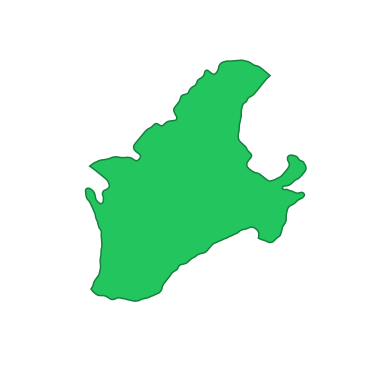 Las Yayas de Viajama, Azua, Dominican Republic (orthographic projection), rotated 309°
{"feature_id": "3306468B57328361484840", "entity_name": "Las Yayas de Viajama", "entity_type": "district", "adm_level": 2, "iso_a3": "DOM", "parent_name": "Dominican Republic", "parent_adm1": "Azua", "projection": "orthographic", "projection_center": [-70.973, 18.597], "detail": "fine", "context": "isolated", "style": "filled", "palette": "green", "viewbox_px": 384, "rotation_deg": 309, "n_neighbors": 0, "source": "geoboundaries", "source_scale": "gbopen_adm2", "svg_char_len": 6108}
<svg xmlns="http://www.w3.org/2000/svg" viewBox="0 0 384 384"><g transform="rotate(309 192 192)"><path d="M197.9,272.6L198.8,276.1L200.1,279.1L201.1,283.0L201.6,284.1L202.3,284.9L203.1,285.6L203.6,285.9L204.7,286.3L210.0,287.0L212.9,287.8L213.9,287.8L214.8,287.5L218.3,286.1L220.7,284.8L221.8,284.4L222.9,284.2L226.5,283.9L228.3,283.4L229.9,282.5L232.7,280.2L233.8,279.5L238.3,277.2L239.9,276.7L241.7,276.7L242.9,276.9L244.0,277.3L245.9,278.2L247.0,278.6L248.1,278.9L251.8,279.4L252.9,279.7L254.0,280.1L255.9,281.1L256.9,281.5L258.6,281.7L259.6,281.6L260.1,281.4L260.6,281.1L261.0,280.6L261.2,280.1L261.3,279.1L261.1,278.1L260.6,277.2L260.2,276.9L258.2,275.5L257.5,274.7L256.9,273.8L256.5,272.7L255.6,269.3L254.3,266.3L253.7,264.0L252.2,262.5L251.7,261.7L251.5,260.7L251.6,260.2L251.9,259.7L252.4,259.4L253.0,259.3L253.9,259.5L254.8,260.0L256.2,261.5L258.0,262.9L259.0,263.4L260.9,263.9L265.4,264.6L266.6,264.9L269.1,266.1L270.2,266.4L272.0,266.6L273.9,266.8L277.0,266.8L278.9,266.8L280.1,266.6L281.2,266.3L282.2,265.7L283.0,264.9L283.7,264.0L285.1,260.6L285.4,259.6L285.4,258.7L284.6,256.4L284.5,255.4L284.6,254.3L285.4,252.1L285.4,251.6L285.3,250.6L284.0,247.2L283.4,246.2L282.3,245.0L281.3,244.5L280.8,244.3L279.6,244.3L279.0,244.5L278.1,245.1L277.0,246.2L275.6,249.2L274.5,250.4L273.6,251.0L273.0,251.2L271.7,251.5L268.4,251.7L262.2,251.5L260.2,251.3L258.9,250.9L256.0,249.5L253.8,248.6L252.4,247.8L249.8,246.0L249.5,245.7L248.9,244.6L248.7,243.4L248.6,242.1L248.6,236.1L248.5,233.4L248.1,231.4L246.9,229.0L246.5,227.8L246.1,225.8L246.0,223.8L246.0,221.8L246.1,220.6L246.3,219.4L246.6,218.8L247.2,217.9L248.0,217.1L249.0,216.6L249.6,216.4L250.8,216.2L255.2,216.1L256.4,216.0L257.4,215.6L257.9,215.3L258.2,214.9L258.5,214.4L258.8,213.4L259.3,209.4L259.6,208.4L260.7,205.9L261.0,204.6L261.1,202.7L261.3,198.7L261.6,196.8L261.8,196.2L262.4,195.1L263.5,193.7L264.4,192.8L265.4,192.0L266.4,191.4L269.1,190.1L273.5,186.8L276.2,185.5L278.6,184.2L281.7,182.7L285.6,179.6L286.6,178.9L290.6,177.0L292.2,176.5L293.3,176.5L294.3,176.7L295.6,177.2L296.5,177.3L297.4,177.2L299.2,176.7L300.2,176.6L301.8,176.9L303.8,177.8L304.9,178.2L307.5,178.6L310.8,178.7L326.5,178.7L329.1,179.0L331.6,179.5L331.8,170.2L331.7,167.6L331.6,165.7L331.2,163.8L330.0,161.3L329.7,160.3L329.4,158.5L329.1,155.5L328.7,153.7L326.3,148.6L325.6,147.6L323.9,145.7L318.5,140.1L317.3,138.7L316.1,137.1L314.7,135.9L312.4,134.3L310.8,133.6L309.6,133.4L308.4,133.4L307.3,133.6L306.2,134.0L303.8,135.2L301.9,135.7L300.7,135.8L299.4,135.8L298.2,135.5L297.7,135.3L297.2,134.9L296.9,134.4L296.6,133.3L296.5,132.1L296.5,128.6L296.3,127.5L296.1,127.0L295.7,126.6L295.3,126.3L294.8,126.2L294.3,126.2L293.4,126.3L291.7,127.2L290.7,127.6L288.9,127.8L287.2,127.6L286.1,127.3L284.2,126.4L282.6,126.2L281.5,126.3L279.2,127.1L277.6,127.4L276.0,127.1L273.6,126.1L271.9,125.8L270.7,125.8L269.6,125.9L267.2,126.6L266.3,126.7L265.8,126.6L264.8,126.1L262.6,124.5L261.6,123.8L261.1,123.6L260.0,123.4L259.4,123.4L258.3,123.7L255.9,124.7L254.7,125.0L252.2,125.2L247.0,125.3L245.8,125.4L244.8,125.8L243.9,126.5L243.3,127.3L241.8,130.1L241.1,132.1L240.6,133.0L239.9,133.7L239.5,134.0L238.5,134.2L237.9,134.2L237.4,134.0L236.5,133.3L232.9,129.8L231.3,128.7L230.7,128.4L229.6,128.1L225.7,127.5L224.7,127.1L224.0,126.4L223.7,125.4L223.4,122.9L223.1,121.9L222.6,121.0L221.7,120.4L220.7,120.1L217.3,119.7L216.2,119.4L213.7,118.3L212.6,117.9L211.3,117.7L209.4,117.5L194.1,117.3L192.2,117.5L191.0,117.8L190.0,118.5L189.3,119.3L188.7,120.2L188.5,120.8L188.2,122.7L188.3,127.1L188.1,128.2L187.9,128.8L187.5,129.3L187.1,129.6L186.1,130.1L184.4,130.3L182.8,130.0L181.8,129.6L181.4,129.2L180.9,128.3L180.6,127.2L180.3,123.8L180.0,122.7L179.4,121.6L178.3,120.0L175.6,117.1L174.4,115.6L173.7,114.5L172.3,111.9L171.6,110.9L170.3,109.5L168.4,108.0L165.8,106.6L164.8,105.9L163.3,104.7L159.9,101.5L158.9,100.7L157.8,100.0L152.8,97.5L147.7,96.2L148.0,102.1L148.0,115.1L147.9,117.7L147.5,119.5L147.1,120.5L145.5,123.2L144.8,124.0L143.8,124.4L142.2,124.5L140.6,124.1L137.8,122.7L136.7,122.6L135.6,122.8L134.6,123.2L133.8,123.9L133.2,124.7L132.5,126.0L131.8,126.8L128.9,128.8L128.0,129.2L127.5,129.3L126.9,129.2L126.4,129.1L125.9,128.8L125.5,128.4L125.3,127.9L125.1,126.8L125.0,125.7L125.1,124.6L125.5,122.8L125.7,122.2L126.4,121.2L128.8,118.3L129.8,116.8L130.4,115.0L130.6,113.2L130.5,111.4L130.3,110.3L130.1,109.7L129.6,108.8L128.7,108.1L128.3,107.9L127.7,107.8L127.1,107.9L126.6,108.1L125.7,108.7L124.1,110.2L122.4,112.1L121.3,113.5L120.6,115.2L119.9,118.7L119.5,119.7L118.2,122.2L117.3,124.3L115.7,127.2L114.7,129.3L113.7,130.8L111.3,133.7L110.7,134.7L109.4,137.3L106.3,141.3L105.6,142.8L104.8,145.4L104.3,146.3L104.0,146.7L102.3,147.9L100.9,149.0L95.3,154.3L93.9,155.6L92.3,156.6L89.7,157.9L85.3,161.2L82.7,162.5L81.7,163.2L80.3,164.3L76.7,167.7L74.7,169.1L72.6,170.1L70.2,171.3L69.1,171.7L67.3,171.9L63.0,172.1L61.2,172.3L60.0,172.5L57.6,173.7L56.5,174.1L55.3,174.3L53.1,174.5L52.5,176.4L52.2,178.9L52.2,181.3L52.4,183.2L52.8,184.3L53.1,184.9L53.8,185.9L55.7,188.3L56.6,189.9L57.0,191.6L57.4,195.2L57.8,196.9L58.4,197.8L59.2,198.6L60.0,199.3L62.5,200.5L63.3,201.2L64.0,202.1L64.6,203.0L65.3,204.6L66.7,207.0L67.8,209.7L69.1,212.1L70.0,214.2L70.6,215.3L72.1,217.2L73.5,218.5L74.5,219.2L77.6,220.8L81.6,223.9L82.6,224.6L84.7,225.6L87.6,227.3L89.7,228.2L92.1,229.5L93.2,229.9L95.0,230.1L96.8,229.9L97.8,229.5L99.8,228.5L100.9,228.2L102.1,227.9L104.0,227.8L112.5,227.7L116.4,227.4L119.0,228.0L121.8,229.0L122.7,229.2L123.6,229.0L125.4,228.5L126.5,228.4L127.0,228.5L127.6,228.6L128.6,229.1L131.5,231.4L133.0,232.3L134.8,232.8L139.5,233.5L140.6,233.8L143.1,235.0L146.5,235.8L147.6,236.2L149.2,237.2L152.1,239.5L153.2,240.1L153.8,240.3L155.0,240.6L156.3,240.7L161.5,240.8L163.5,240.9L164.7,241.1L165.9,241.5L168.3,242.8L170.4,243.7L173.3,245.4L175.4,246.3L178.3,248.0L180.5,248.9L183.4,250.5L185.5,251.4L187.9,252.7L189.0,253.1L192.4,253.9L193.6,254.4L194.6,255.1L197.5,257.4L198.6,258.0L200.6,259.0L201.9,260.0L202.9,261.4L203.1,262.0L203.4,263.2L203.5,265.6L203.4,266.8L203.1,268.0L202.6,269.0L201.5,270.3L200.1,271.3L197.9,272.6Z" fill="#22c55e" stroke="#15803d" stroke-width="1.5"/></g></svg>